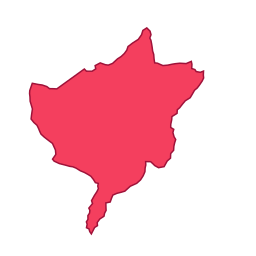 Almirante Tamandaré, Paraná, Brazil (Equal Earth projection), rotated 252°
{"feature_id": "56859067B17668473483044", "entity_name": "Almirante Tamandaré", "entity_type": "district", "adm_level": 2, "iso_a3": "BRA", "parent_name": "Brazil", "parent_adm1": "Paraná", "projection": "equal_earth", "projection_center": [-49.335, -25.305], "detail": "fine", "context": "isolated", "style": "filled", "palette": "rose", "viewbox_px": 256, "rotation_deg": 252, "n_neighbors": 0, "source": "geoboundaries", "source_scale": "gbopen_adm2", "svg_char_len": 1916}
<svg xmlns="http://www.w3.org/2000/svg" viewBox="0 0 256 256"><g transform="rotate(252 128 128)"><path d="M200.1,50.8L196.7,48.2L193.9,46.1L191.1,45.0L187.9,44.4L183.7,43.2L175.7,43.0L170.0,40.2L166.5,38.6L162.3,40.2L158.7,42.3L155.1,42.8L152.0,43.0L149.0,43.4L145.1,45.6L139.7,49.3L136.7,51.4L129.5,52.2L125.2,51.2L121.7,46.6L119.3,47.5L115.4,51.7L112.1,56.9L109.5,60.8L108.2,63.5L106.0,66.1L102.0,69.5L99.2,72.8L96.2,75.6L93.6,77.8L89.8,79.2L86.1,80.1L84.5,82.6L82.1,81.3L79.5,81.1L77.1,78.8L74.2,75.2L70.2,70.9L67.1,70.9L63.9,66.0L61.5,66.3L58.9,65.1L57.1,62.8L53.5,61.7L51.6,59.4L49.1,59.4L46.0,57.7L44.1,59.7L41.3,59.6L38.6,60.4L43.7,65.5L44.6,68.8L47.6,69.5L50.2,73.1L51.5,77.9L54.2,79.4L56.4,81.7L59.3,82.5L63.6,83.8L63.1,88.2L66.5,90.8L68.9,92.9L69.3,97.3L69.0,101.7L68.9,105.5L71.9,112.1L72.7,119.2L74.8,123.9L77.9,127.7L81.2,130.6L84.6,131.9L87.3,133.5L90.6,134.4L89.0,139.1L86.4,140.6L84.0,141.8L80.8,144.8L80.1,150.4L84.5,155.1L86.2,159.1L90.5,160.7L92.7,164.5L96.5,166.0L99.5,167.8L102.3,169.8L105.4,169.1L109.8,169.3L112.6,171.1L115.3,168.8L118.3,169.8L122.3,172.1L125.3,173.3L126.8,179.2L130.1,180.5L131.3,183.4L133.7,186.9L136.2,190.9L137.6,196.5L140.3,199.6L143.4,203.0L144.6,206.1L146.6,209.0L149.7,213.0L152.2,215.4L155.0,216.0L158.8,217.4L158.6,214.0L160.6,210.3L162.9,209.7L164.9,207.0L168.9,208.5L171.8,208.8L171.3,203.2L173.6,197.3L174.5,193.1L175.0,190.0L175.5,185.2L176.6,180.5L178.4,178.4L180.5,176.1L181.7,173.5L185.5,174.1L190.1,175.2L193.5,175.2L197.2,175.9L201.0,176.5L204.4,176.9L206.8,176.5L209.6,178.7L213.3,178.9L217.4,176.8L216.2,172.3L212.5,169.7L209.1,165.2L207.4,158.7L205.5,153.2L202.4,150.9L200.0,147.6L198.1,143.6L197.0,139.4L194.2,133.3L193.9,128.7L195.2,126.0L198.5,121.7L197.5,116.0L194.2,115.6L193.1,111.4L194.9,106.0L197.6,104.7L187.2,72.4L188.6,68.7L189.7,65.5L192.5,63.6L195.4,59.7L197.2,56.0L200.1,50.8Z" fill="#f43f5e" stroke="#9f1239" stroke-width="1.5"/></g></svg>